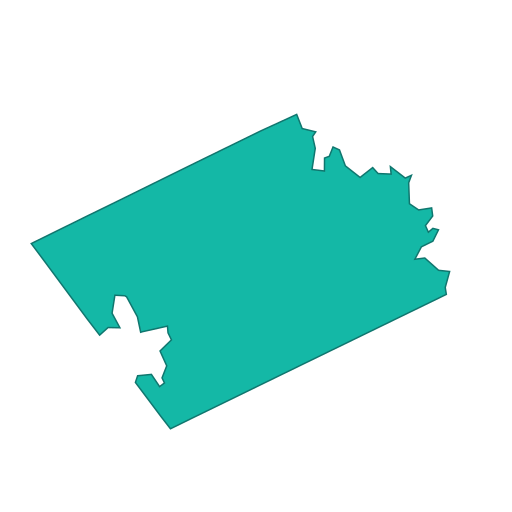 the district of Pittsylvania, Virginia, United States of America, rotated 53°
{"feature_id": "52423323B30264122776798", "entity_name": "Pittsylvania", "entity_type": "district", "adm_level": 2, "iso_a3": "USA", "parent_name": "United States of America", "parent_adm1": "Virginia", "projection": "natural_earth1", "projection_center": [-79.393, 36.839], "detail": "fine", "context": "isolated", "style": "filled", "palette": "teal", "viewbox_px": 512, "rotation_deg": 53, "n_neighbors": 0, "source": "geoboundaries", "source_scale": "gbopen_adm2", "svg_char_len": 1012}
<svg xmlns="http://www.w3.org/2000/svg" viewBox="0 0 512 512"><g transform="rotate(53 256 256)"><path d="M284.4,428.4L327.9,428.5L342.5,428.3L346.9,405.3L370.6,283.7L401.2,127.1L395.0,123.8L384.9,110.7L377.3,118.8L359.2,122.4L354.2,131.1L348.2,118.4L350.6,105.8L344.9,94.5L340.4,98.1L340.7,104.0L333.7,102.4L330.4,90.8L323.3,86.8L317.1,98.4L306.6,102.0L289.4,90.0L285.1,83.3L283.6,89.9L265.5,94.9L271.9,98.8L263.6,108.9L255.6,109.6L255.9,125.6L237.8,130.4L221.5,125.5L215.3,128.9L220.5,137.5L219.0,142.3L229.3,150.2L220.6,159.2L205.7,143.9L194.6,138.9L192.8,133.6L182.0,142.4L167.4,138.3L158.9,177.2L145.6,246.0L126.7,345.0L122.7,365.5L122.2,368.1L110.8,428.0L133.0,428.1L204.8,428.7L206.2,428.7L225.1,428.5L224.1,417.2L231.4,407.9L215.1,405.4L202.4,392.3L208.8,384.7L210.7,383.9L233.2,387.3L247.5,394.0L248.1,392.3L258.7,368.9L264.4,372.5L272.1,374.0L274.1,389.8L290.0,393.4L296.8,404.4L302.3,405.5L302.3,411.6L287.6,410.8L280.4,422.6L284.4,428.4Z" fill="#14b8a6" stroke="#0f766e" stroke-width="1.5"/></g></svg>